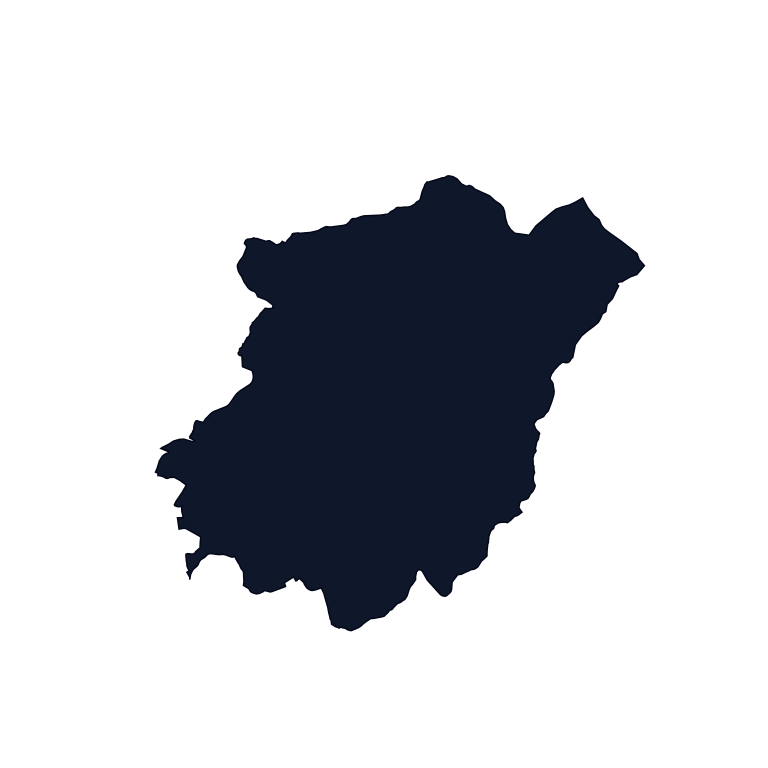 the district of Sarmas, Harghita, Romania, rotated 48°
{"feature_id": "2599482B24569606414351", "entity_name": "Sarmas", "entity_type": "district", "adm_level": 2, "iso_a3": "ROU", "parent_name": "Romania", "parent_adm1": "Harghita", "projection": "equal_earth", "projection_center": [25.467, 46.907], "detail": "fine", "context": "isolated", "style": "filled", "palette": "ink", "viewbox_px": 768, "rotation_deg": 48, "n_neighbors": 0, "source": "geoboundaries", "source_scale": "gbopen_adm2", "svg_char_len": 6170}
<svg xmlns="http://www.w3.org/2000/svg" viewBox="0 0 768 768"><g transform="rotate(48 384 384)"><path d="M399.4,659.3L396.0,655.0L394.3,650.8L394.1,649.1L394.2,645.1L394.1,644.0L393.6,642.4L392.5,640.3L392.0,637.9L392.8,633.3L392.6,629.5L392.9,628.1L394.0,626.3L400.2,621.0L402.8,617.7L404.7,616.2L410.4,613.2L411.3,612.4L412.0,611.1L412.2,610.4L419.5,612.1L421.3,612.2L424.7,613.5L429.4,614.0L437.3,620.4L439.6,623.2L444.5,621.7L446.1,621.4L448.1,622.0L450.1,621.9L452.2,620.8L454.7,619.2L456.4,616.3L457.5,612.6L457.4,611.7L457.8,610.8L462.5,607.6L463.5,605.6L468.6,592.7L468.2,592.4L465.0,591.1L466.9,580.2L471.3,581.3L471.8,580.3L471.5,579.0L472.1,577.4L472.2,576.3L473.8,576.8L477.7,576.4L479.4,577.1L482.9,577.7L484.5,577.7L486.7,577.2L488.3,576.4L489.4,575.5L491.2,572.6L492.3,569.9L493.8,566.9L495.3,567.6L498.9,568.6L509.9,574.0L512.7,575.4L516.8,578.0L521.8,580.6L522.3,581.2L523.6,581.2L526.7,583.0L527.1,583.6L528.2,583.6L529.2,583.0L531.0,582.8L535.5,580.5L535.8,578.8L535.9,578.7L537.9,577.6L539.4,576.3L542.5,575.4L544.8,573.9L545.5,573.1L547.9,566.2L548.4,563.1L548.3,560.7L548.5,557.2L549.4,550.6L550.3,549.8L551.5,548.1L555.9,540.9L556.7,538.9L556.5,536.9L556.5,534.2L555.9,531.3L556.6,529.9L556.9,528.3L556.5,526.8L556.1,521.2L557.4,517.5L557.5,515.1L558.0,512.7L556.9,508.6L553.5,502.9L552.3,500.0L551.9,497.0L550.6,491.5L548.0,489.2L546.3,486.7L545.5,486.1L545.1,483.0L546.6,481.0L549.1,480.8L558.6,483.0L578.1,483.0L580.0,482.5L581.2,481.8L582.3,481.0L583.2,479.3L583.3,474.5L582.7,472.4L581.3,470.6L576.8,466.0L575.1,457.1L575.8,455.7L577.1,454.0L578.4,449.3L579.5,446.3L580.1,443.7L581.8,441.2L582.3,439.7L582.7,436.6L580.8,430.0L580.9,426.1L580.7,422.6L577.0,419.1L574.2,416.0L572.2,413.8L571.7,412.5L569.9,410.9L569.4,410.0L568.3,409.1L567.2,407.7L564.9,403.6L564.4,400.8L564.8,399.5L563.1,396.8L563.0,395.6L563.6,392.3L565.2,389.4L567.8,386.4L569.6,385.1L570.0,381.2L569.7,375.7L570.9,373.1L571.3,371.2L571.4,369.0L571.6,367.2L568.7,367.0L566.0,366.4L563.3,362.8L562.6,360.3L564.6,356.1L565.3,353.7L564.5,350.8L563.6,349.1L563.4,345.3L562.3,342.3L561.4,340.6L560.5,339.5L556.9,338.3L554.4,336.6L552.2,334.4L550.6,331.4L547.6,329.6L545.2,327.5L543.7,327.1L540.6,324.4L539.1,323.4L536.2,319.1L536.1,317.5L535.6,316.5L535.5,315.7L534.3,315.3L533.0,314.4L530.3,310.6L529.4,309.9L529.4,309.5L528.3,306.2L525.8,303.1L524.8,301.4L523.0,301.3L521.2,301.5L518.3,301.2L514.0,299.4L513.2,296.5L513.0,295.0L512.7,294.7L515.0,287.2L514.2,284.0L513.9,280.0L510.2,272.7L508.2,269.2L505.4,264.7L503.2,262.4L496.6,258.1L495.3,257.7L491.7,257.4L490.2,255.9L488.5,252.3L488.2,250.3L487.5,248.1L487.1,242.7L486.8,241.7L487.0,240.4L487.1,237.4L487.4,236.6L488.1,235.9L489.4,235.0L490.5,233.9L491.2,232.7L491.4,231.3L491.2,229.8L490.4,227.7L490.6,226.0L482.8,215.5L480.4,204.8L480.7,197.0L481.4,189.7L481.6,183.6L480.2,179.3L478.0,174.8L478.6,170.7L474.1,164.9L473.4,157.1L469.4,147.6L468.1,144.0L465.0,144.1L465.5,141.3L466.4,139.6L467.4,138.5L467.6,136.6L469.2,129.2L471.8,122.8L470.3,111.3L462.1,111.1L456.3,108.7L436.4,112.2L421.9,115.5L416.1,116.5L411.7,116.2L405.7,114.2L399.5,115.4L389.3,114.6L378.7,111.9L376.9,120.3L375.1,126.3L371.6,133.3L369.2,139.1L368.8,144.6L368.2,165.2L370.5,176.6L359.4,186.0L353.7,186.5L348.0,185.6L342.2,182.8L336.3,178.9L332.5,177.4L328.0,177.4L322.2,178.9L314.9,179.6L300.2,186.0L295.9,186.5L293.5,187.8L292.3,190.5L287.4,192.5L280.4,192.5L276.1,194.0L272.8,196.4L272.1,197.3L271.4,199.0L271.4,199.8L271.0,201.2L269.7,202.8L266.5,209.9L263.5,216.1L262.6,216.9L263.3,220.4L264.1,221.6L266.5,226.8L270.9,233.4L271.3,234.9L270.6,238.1L270.9,240.7L270.3,243.8L269.5,246.3L268.0,248.5L266.3,250.3L264.3,253.2L262.1,255.5L261.3,257.0L261.5,258.2L261.3,260.5L260.4,263.7L260.5,267.2L259.0,269.2L257.9,271.1L255.7,274.2L245.7,286.3L244.2,289.2L242.3,294.1L240.0,296.8L239.8,298.9L240.4,300.9L240.4,305.3L238.8,308.3L231.8,318.4L230.3,320.0L228.5,321.5L227.7,323.2L226.5,327.4L226.3,329.2L225.6,331.0L222.1,337.3L215.4,346.1L214.9,346.2L214.3,346.7L211.4,350.7L211.1,351.5L212.2,354.4L212.6,359.9L213.5,362.9L209.9,364.2L210.2,365.6L210.1,368.0L208.4,371.2L205.3,371.8L200.9,373.2L199.9,374.5L199.1,376.2L191.1,380.9L189.4,382.5L188.1,383.1L188.0,384.1L186.7,386.4L185.0,388.6L184.7,390.5L185.5,392.8L186.4,393.8L188.2,393.6L190.0,394.2L191.0,395.3L191.8,397.2L194.8,403.2L196.0,409.2L197.4,413.1L198.7,414.5L202.5,416.6L205.0,417.3L209.0,417.9L214.6,419.7L221.3,420.6L224.0,420.4L225.9,419.8L228.8,418.3L230.9,418.3L234.6,419.4L242.9,415.2L251.2,413.7L253.1,416.1L251.0,419.2L248.2,421.6L248.8,426.2L248.8,428.4L250.1,432.5L249.9,433.8L250.6,438.3L250.6,440.0L250.3,440.7L251.1,441.4L252.1,445.0L252.7,446.0L256.6,449.0L258.1,452.0L258.4,453.4L257.9,454.2L257.9,454.8L260.3,461.1L260.3,461.7L259.8,462.0L261.6,464.8L261.1,467.6L263.2,470.2L263.2,471.4L264.1,472.2L265.8,472.3L266.9,471.8L267.4,470.8L268.0,470.8L276.5,477.6L285.8,473.0L288.4,474.3L290.8,475.9L292.5,477.7L293.7,479.5L294.4,481.6L294.6,484.0L292.9,494.6L292.7,496.6L292.7,499.9L293.0,502.1L295.3,511.4L295.5,512.8L295.4,514.8L295.1,516.6L294.4,518.5L290.6,528.8L290.2,530.9L290.1,532.7L290.6,540.2L291.1,542.1L291.9,544.2L291.0,544.4L288.6,546.2L286.8,547.1L285.6,548.2L286.3,550.7L288.5,553.9L291.4,556.5L290.8,556.9L292.7,560.7L292.3,560.8L293.3,563.9L294.1,563.8L294.4,564.4L299.5,562.2L299.9,562.7L298.7,564.2L298.6,565.0L291.1,569.6L288.3,573.0L285.6,578.6L284.7,584.3L282.7,591.3L282.6,593.0L290.1,589.4L290.5,589.4L291.1,590.1L290.2,591.6L289.6,593.8L289.3,596.5L289.6,598.0L290.9,602.4L294.9,609.1L296.6,612.8L298.8,611.8L299.9,612.1L300.4,613.0L300.8,613.3L302.1,612.0L304.0,610.7L306.4,609.6L307.9,609.2L309.3,608.0L310.1,605.8L313.0,602.3L318.8,600.2L326.9,598.5L326.9,599.1L328.1,602.0L328.2,603.1L329.2,605.4L332.0,616.9L333.5,620.6L334.4,620.9L336.0,620.1L337.6,619.0L339.2,616.9L339.8,616.5L343.7,619.7L349.0,622.5L345.2,627.0L354.7,633.4L357.2,629.4L358.6,628.0L373.3,623.0L375.1,622.6L379.2,627.0L382.7,630.4L382.6,631.8L382.6,636.5L383.0,637.0L383.1,637.9L382.4,640.1L378.6,643.5L378.0,645.2L383.0,649.1L386.0,651.0L387.4,652.2L391.1,653.5L392.6,653.4L392.0,656.4L397.7,657.7L399.4,659.3Z" fill="#0f172a" stroke="#020617" stroke-width="1.5"/></g></svg>